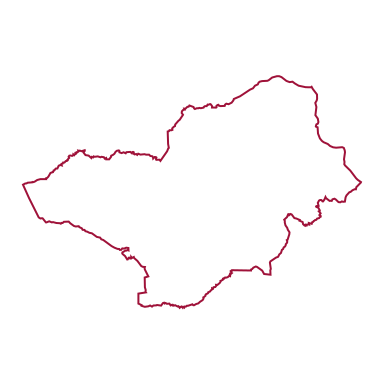 Huamboya, Morona Santiago, Ecuador (orthographic projection)
{"feature_id": "8360857B57232990650034", "entity_name": "Huamboya", "entity_type": "district", "adm_level": 2, "iso_a3": "ECU", "parent_name": "Ecuador", "parent_adm1": "Morona Santiago", "projection": "orthographic", "projection_center": [-77.997, -1.985], "detail": "fine", "context": "isolated", "style": "outline", "palette": "rose", "viewbox_px": 384, "rotation_deg": 0, "n_neighbors": 0, "source": "geoboundaries", "source_scale": "gbopen_adm2", "svg_char_len": 6004}
<svg xmlns="http://www.w3.org/2000/svg" viewBox="0 0 384 384"><path d="M311.6,86.8L310.9,87.3L305.7,87.2L298.6,85.7L294.9,83.5L292.5,81.7L289.7,82.1L288.2,81.6L286.4,80.9L281.5,77.1L279.2,76.2L276.9,76.2L272.2,77.5L268.7,80.2L267.4,80.8L262.0,81.1L259.7,81.7L258.6,82.6L257.8,84.4L255.0,85.7L253.0,88.3L250.1,89.6L240.0,96.3L233.8,99.0L233.4,100.4L231.6,102.7L228.6,104.2L226.3,103.7L225.1,104.6L224.7,105.9L220.3,106.1L218.8,105.6L218.4,104.8L217.5,105.0L216.4,106.0L216.5,107.3L216.1,107.6L212.5,107.5L212.0,107.5L212.1,106.3L211.8,105.7L210.5,104.1L209.9,104.1L208.3,104.8L207.6,104.6L206.7,106.1L205.1,106.1L204.1,106.7L203.6,107.6L200.9,108.2L199.2,107.9L198.2,108.3L196.9,108.2L194.9,109.0L194.2,108.5L193.5,107.0L189.4,105.5L188.6,106.7L187.4,106.8L185.4,108.7L184.3,108.6L184.7,109.6L183.3,109.8L181.9,111.3L181.7,113.0L183.0,114.8L179.7,119.8L178.5,120.7L175.2,124.5L175.0,126.1L173.7,126.8L172.2,128.4L172.4,129.9L171.2,130.3L169.5,130.2L168.9,131.2L167.7,131.5L168.1,144.0L168.8,147.9L168.3,148.3L167.1,151.3L160.4,160.9L159.5,159.7L156.3,159.8L155.9,158.9L156.4,157.5L155.9,157.1L154.7,157.0L153.2,158.5L153.0,157.3L152.4,156.3L150.4,156.0L149.1,154.7L146.2,154.7L144.5,154.2L140.4,154.6L138.2,153.7L137.2,154.9L136.2,154.0L134.5,154.4L134.0,154.0L133.7,152.2L133.0,151.9L132.4,152.1L131.9,153.3L130.3,151.9L126.4,152.2L125.7,153.3L123.6,152.3L121.6,153.1L119.4,152.3L119.3,150.7L118.8,150.4L116.8,150.8L115.5,151.9L114.4,153.8L112.8,155.0L111.2,155.7L111.0,156.9L109.2,159.3L106.2,159.3L106.1,158.0L104.7,158.6L103.9,157.2L101.4,156.8L100.5,157.3L97.8,156.4L94.6,156.8L93.6,156.4L93.1,157.4L91.7,156.9L91.3,158.0L88.6,155.6L85.5,155.1L83.4,152.4L84.8,150.8L84.7,150.2L81.5,151.2L79.8,150.6L79.3,150.9L78.2,150.6L78.4,151.5L77.3,152.4L76.5,152.2L76.2,153.3L75.4,153.1L75.4,154.1L74.7,154.4L74.3,155.1L73.3,154.3L73.1,155.4L72.1,155.9L70.6,155.5L69.3,155.7L68.6,156.8L69.2,157.9L68.0,159.1L67.8,160.1L67.1,160.1L66.8,161.0L65.7,161.1L64.5,162.5L63.1,162.5L62.8,163.5L61.6,163.8L61.3,164.1L61.7,165.4L60.4,165.0L58.7,165.7L57.4,168.5L55.7,168.6L54.5,170.2L53.7,170.4L53.6,171.1L52.7,171.8L52.8,172.2L50.5,172.9L48.4,176.6L47.2,177.9L46.0,178.3L46.1,179.1L40.5,179.1L37.2,180.0L34.6,181.7L32.7,182.3L32.3,182.0L31.6,182.4L27.7,182.7L26.5,183.4L25.2,183.5L23.0,184.7L29.0,198.0L38.7,217.4L40.4,218.5L42.1,218.2L42.7,218.4L45.9,222.4L46.5,222.4L49.2,221.3L51.9,222.4L53.0,222.1L56.4,223.0L59.7,223.2L60.8,223.7L61.4,222.9L62.6,223.0L63.9,221.8L68.7,221.6L70.3,223.3L74.0,226.0L75.8,226.5L78.7,226.2L79.3,227.1L81.8,228.3L82.6,229.8L84.5,229.9L85.4,231.2L87.3,231.7L89.4,232.8L91.9,233.3L96.8,236.9L100.1,237.6L101.3,239.3L103.3,240.0L111.6,246.1L114.5,247.7L117.5,248.9L119.2,249.0L119.8,249.9L121.2,249.8L122.3,248.4L124.1,248.6L126.2,247.7L128.4,248.0L128.5,250.4L127.6,250.0L126.4,250.6L125.6,250.5L122.4,252.4L122.2,253.2L122.6,254.0L125.1,256.1L127.2,259.5L127.7,259.4L127.9,258.6L128.8,258.5L128.9,257.7L130.3,257.6L130.5,258.4L130.9,258.6L131.5,258.0L131.4,257.1L132.1,257.9L133.8,257.0L134.1,258.0L137.4,260.9L141.2,266.0L142.7,266.8L144.9,267.0L144.6,268.0L144.8,269.4L148.3,276.4L144.7,277.5L144.9,287.3L145.7,290.0L145.5,291.8L145.9,292.4L138.4,293.6L138.4,303.6L141.6,305.1L141.4,305.7L141.8,305.9L144.8,306.8L148.4,306.3L150.1,305.5L152.0,306.6L153.4,305.5L156.2,305.4L157.0,305.0L161.1,305.6L162.9,303.1L164.1,302.7L164.6,303.5L165.6,303.0L166.9,303.8L169.4,303.6L170.6,305.4L171.6,304.9L172.7,305.5L173.0,304.9L174.0,305.6L175.1,305.2L177.6,306.5L178.2,306.2L178.6,306.8L179.7,306.8L179.8,307.7L181.7,306.5L182.8,307.8L183.4,306.8L184.0,306.8L184.4,307.3L184.7,306.5L186.1,306.5L187.0,305.7L187.9,305.8L192.4,304.3L193.1,305.1L193.9,305.3L196.2,304.0L198.3,303.4L200.0,301.8L202.6,300.1L203.5,298.6L203.3,297.4L204.1,297.0L205.5,295.7L205.5,294.9L206.0,294.2L207.6,293.5L208.2,292.9L208.2,292.3L210.2,291.4L210.6,290.6L212.1,289.4L212.1,288.3L213.0,288.7L213.6,287.2L215.3,287.0L216.3,285.7L216.1,284.8L217.4,284.9L219.7,283.0L220.7,281.4L220.5,280.9L222.7,279.9L222.9,278.8L223.7,278.9L223.9,278.2L224.7,278.1L225.1,277.5L226.4,277.6L227.8,277.1L229.1,275.9L230.1,276.2L230.2,275.6L229.7,274.8L230.2,273.4L230.8,273.2L231.1,273.7L231.8,273.1L231.3,272.8L231.4,272.0L230.7,271.1L231.1,270.8L231.7,271.1L232.0,270.2L251.0,270.5L251.1,269.5L252.1,269.1L253.4,267.6L255.8,266.5L257.0,266.9L262.2,270.6L264.1,274.0L270.5,274.7L270.3,270.3L270.8,268.9L269.9,262.6L270.4,261.4L276.0,257.6L278.1,256.8L279.3,254.4L281.0,252.9L281.9,249.9L283.1,249.0L283.7,247.4L285.0,246.5L285.6,245.5L285.8,244.2L287.1,242.6L287.2,241.3L286.8,240.1L287.6,239.7L289.3,234.3L289.5,232.3L287.8,229.7L287.2,227.8L285.5,225.4L284.8,222.6L284.8,220.8L284.2,219.7L287.0,217.1L288.2,214.2L288.8,214.1L289.2,215.1L290.6,214.0L291.7,214.5L294.4,218.1L296.3,218.5L299.8,220.0L299.5,220.7L302.6,222.0L303.1,224.2L304.4,225.4L305.1,224.8L305.5,225.6L306.2,225.0L306.7,225.4L307.1,224.5L308.1,224.5L308.5,224.1L309.1,224.4L308.9,223.0L311.7,223.8L312.2,222.2L313.1,221.9L313.7,221.0L314.3,220.8L315.0,220.1L316.3,219.8L317.1,218.6L319.1,218.1L319.6,217.3L320.7,216.7L320.7,216.0L319.4,215.0L320.6,213.3L318.8,211.3L319.8,210.7L319.7,210.2L318.3,207.7L316.3,206.9L316.1,206.5L316.4,206.1L318.6,205.8L317.8,202.9L319.0,200.6L320.1,200.0L321.5,200.1L322.5,201.4L323.1,201.4L324.5,199.4L325.5,197.0L326.1,198.2L329.6,200.9L331.0,200.7L331.7,200.9L332.5,199.3L334.5,198.7L335.8,199.5L338.5,202.1L340.3,202.3L341.9,201.4L343.0,201.8L344.9,201.6L345.6,197.3L346.5,195.4L349.4,192.2L350.6,191.9L352.4,190.3L354.7,189.2L355.9,189.3L356.3,187.2L360.8,182.6L361.0,182.1L357.8,179.9L356.2,178.4L350.3,170.6L345.1,165.5L344.3,164.3L344.5,161.9L344.0,159.3L345.0,152.2L344.7,150.3L343.8,147.9L342.2,147.2L336.1,147.7L333.1,147.3L330.1,146.0L327.8,144.0L323.6,142.2L321.8,140.8L319.9,138.4L318.0,133.5L317.6,127.3L316.0,126.7L315.8,126.3L316.4,124.4L317.9,123.6L318.4,122.0L317.8,118.6L315.4,115.2L316.4,107.0L315.3,102.9L316.7,100.5L317.1,98.8L317.0,94.5L312.8,89.0L311.6,86.8Z" fill="none" stroke="#9f1239" stroke-width="2"/></svg>